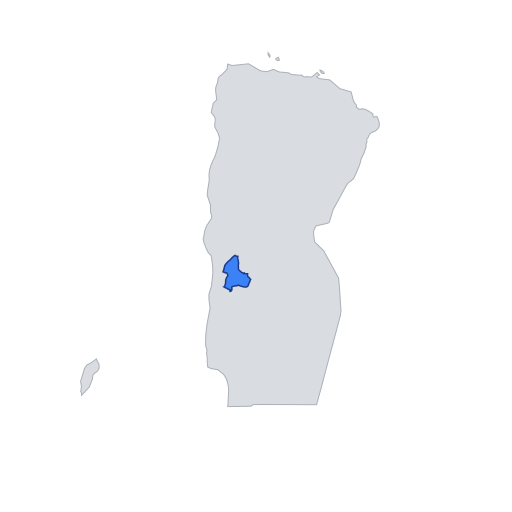 Ghayl bin Yamin, Hadramawt, Yemen (highlighted), rotated 113°
{"feature_id": "15242507B14142255130537", "entity_name": "Ghayl bin Yamin", "entity_type": "district", "adm_level": 2, "iso_a3": "YEM", "parent_name": "Yemen", "parent_adm1": "Hadramawt", "projection": "mercator", "projection_center": [49.287, 15.382], "detail": "fine", "context": "in_parent", "style": "filled", "palette": "blue", "viewbox_px": 512, "rotation_deg": 113, "n_neighbors": 0, "source": "geoboundaries", "source_scale": "gbopen_adm2", "svg_char_len": 7543}
<svg xmlns="http://www.w3.org/2000/svg" viewBox="0 0 512 512"><g transform="rotate(113 256 256)"><path d="M405.6,223.1L389.0,229.2L384.7,231.9L380.7,235.2L377.7,239.4L375.6,246.7L377.2,253.4L377.1,257.0L372.8,259.4L368.8,261.1L364.4,263.7L361.7,264.3L359.5,266.4L356.9,267.9L347.7,271.6L337.6,274.5L321.6,278.0L315.4,281.8L309.7,284.4L301.2,285.2L289.4,288.7L282.9,291.6L274.8,296.3L273.0,297.8L271.6,301.2L269.1,304.2L264.2,309.0L260.5,311.5L258.1,311.7L253.3,313.0L247.7,313.3L238.3,311.6L235.8,312.8L233.8,314.7L226.6,318.0L219.1,324.7L213.7,326.4L205.0,328.5L198.8,331.3L194.7,332.4L189.4,333.0L179.6,332.7L170.3,333.7L161.7,335.6L157.6,339.1L153.0,344.7L145.5,347.1L143.7,349.1L141.4,353.2L136.5,354.3L132.1,355.0L127.5,353.2L119.0,358.1L115.8,359.0L110.9,359.2L107.5,360.2L105.0,359.9L101.9,358.0L95.3,355.6L90.4,357.1L90.0,352.4L82.0,338.0L83.7,325.4L83.7,323.6L82.1,318.0L77.4,312.9L77.5,306.3L75.9,301.7L74.6,296.9L75.0,295.6L75.1,294.4L72.7,287.0L71.9,285.5L71.6,284.0L72.4,282.8L72.3,281.4L71.0,279.1L69.7,274.8L63.2,271.4L64.5,268.2L65.8,269.3L67.5,270.3L67.8,268.2L67.9,266.7L65.1,257.0L69.2,244.2L67.8,232.5L74.0,227.8L75.5,226.4L76.4,225.2L77.9,222.5L79.8,221.7L80.5,218.9L80.5,217.5L79.2,216.3L78.3,213.0L78.6,208.9L78.9,207.1L79.5,204.0L81.7,202.8L82.2,201.8L80.5,199.8L80.7,198.6L84.3,195.3L85.8,194.3L88.2,193.3L90.0,193.3L92.1,193.9L94.0,194.8L95.9,196.5L97.8,198.4L100.8,199.2L102.9,199.0L104.5,199.8L105.9,199.4L107.5,198.4L110.1,198.4L112.4,197.3L118.9,196.8L125.2,197.1L131.8,196.2L138.3,196.2L145.0,196.3L146.4,196.4L147.9,197.0L153.4,200.0L157.7,200.6L166.2,201.4L175.3,202.3L183.1,203.1L189.8,202.4L195.3,201.8L196.8,201.9L198.5,203.7L201.8,208.3L205.0,212.6L210.5,212.8L214.0,211.2L217.9,208.9L220.3,207.2L223.0,200.1L224.8,195.6L228.9,190.5L232.3,186.2L236.8,180.5L239.3,177.4L244.2,171.2L249.0,168.7L258.1,164.0L267.0,159.5L272.8,156.5L277.7,155.1L286.0,153.9L295.8,152.5L305.5,151.1L315.9,149.7L327.5,148.0L335.5,146.9L345.6,145.4L354.0,144.2L361.5,143.2L369.2,142.1L370.6,145.5L372.1,149.0L373.6,152.5L375.0,155.9L376.5,159.4L377.9,162.9L379.4,166.3L380.8,169.8L382.3,173.2L383.7,176.7L385.2,180.1L386.6,183.6L388.1,187.0L389.5,190.4L391.0,193.9L392.5,197.3L393.9,200.7L396.2,201.8L397.6,205.0L399.6,209.5L401.6,214.0L403.6,218.5L405.6,223.1ZM427.8,359.2L429.8,359.6L432.9,358.5L441.8,358.3L452.4,362.1L450.4,363.0L449.2,364.4L444.5,365.6L439.8,368.5L426.4,369.9L422.4,369.1L419.2,366.3L413.1,362.7L415.5,360.4L416.0,359.3L416.9,358.3L420.3,356.6L423.7,356.9L427.8,359.2ZM67.4,314.2L67.0,314.9L66.4,314.8L64.4,313.0L66.6,310.9L67.8,312.8L67.4,314.2ZM61.0,269.0L59.9,269.8L59.6,268.4L60.3,265.5L61.4,264.6L62.1,266.8L61.6,268.0L61.0,269.0ZM66.4,323.2L64.2,324.3L65.7,321.6L67.2,321.0L67.7,321.1L66.4,323.2Z" fill="#d9dde1" stroke="#a8b0b8" stroke-width="1"/><path d="M296.9,273.3L296.9,273.1L296.9,272.9L296.9,272.7L297.0,272.5L297.0,272.4L297.1,272.2L297.1,271.9L297.2,271.7L297.2,271.4L297.1,271.2L297.1,270.9L297.1,270.7L297.1,270.2L297.3,269.4L297.5,268.9L297.4,267.8L297.1,266.5L297.3,266.5L297.6,266.4L297.9,266.4L298.1,266.4L298.5,266.4L298.9,266.4L299.0,266.5L298.8,266.0L298.4,265.6L298.0,265.2L297.2,265.0L296.6,265.0L295.3,265.5L294.4,266.1L294.0,266.1L293.8,266.0L293.7,266.0L293.6,265.9L293.4,265.7L293.1,265.4L292.8,265.1L292.7,265.0L292.6,264.9L292.5,264.7L292.3,264.5L292.2,264.4L292.1,264.1L291.9,263.9L291.8,263.7L291.7,263.5L291.6,263.3L291.5,263.1L291.4,262.9L291.3,262.7L291.2,262.6L291.1,262.4L290.9,262.2L290.7,261.8L290.4,261.6L290.3,261.4L290.1,261.3L290.0,261.1L289.9,261.1L289.7,260.8L289.7,260.6L289.7,260.1L289.8,259.8L289.8,259.6L289.8,259.4L289.7,259.0L289.7,258.8L289.6,258.5L289.6,258.3L289.6,258.2L289.6,257.9L289.6,257.5L289.5,257.3L289.5,257.1L289.5,256.7L289.4,256.5L289.4,256.2L289.3,255.8L289.3,255.7L289.2,255.4L289.1,255.1L289.1,254.9L289.0,254.7L288.9,254.3L288.9,254.1L288.8,253.8L288.7,253.6L288.6,253.3L288.4,253.0L288.3,252.8L288.2,252.6L288.0,252.4L287.8,252.3L287.7,252.2L287.3,252.0L287.1,251.9L286.9,251.8L286.7,251.7L286.4,251.7L286.2,251.7L285.9,251.7L285.7,251.7L285.4,251.7L285.1,251.7L284.9,251.7L284.7,251.7L284.4,251.8L284.0,251.8L283.8,251.8L283.5,251.8L283.2,251.8L282.8,251.7L282.6,251.7L282.2,251.7L281.7,251.7L281.5,251.8L281.3,251.8L281.0,251.8L280.9,251.8L280.6,251.9L280.4,251.9L280.1,251.9L279.9,251.8L279.6,251.8L279.6,252.0L279.5,252.3L279.4,252.5L279.2,252.9L279.0,253.1L278.9,253.4L278.7,253.6L278.6,253.8L278.5,254.0L278.4,254.3L278.4,254.5L278.3,254.9L278.3,255.0L278.2,255.3L278.1,255.5L277.8,255.8L277.6,256.0L277.4,256.1L277.2,256.2L277.0,256.3L276.9,256.3L276.5,256.4L276.3,256.5L276.1,256.6L275.9,256.7L275.7,256.8L275.8,256.9L275.8,257.2L275.9,257.5L276.0,257.7L276.1,258.0L276.3,258.5L276.4,258.9L276.5,259.3L276.6,259.7L276.8,259.9L276.9,260.0L276.5,260.2L276.3,260.2L276.2,260.3L276.3,260.4L276.3,260.5L276.6,260.8L276.8,261.1L276.7,261.4L276.7,261.8L276.7,262.4L276.7,262.5L276.7,263.0L276.5,263.4L276.5,263.5L276.4,263.8L276.3,264.0L276.2,264.4L276.1,264.7L276.0,264.9L275.9,265.2L275.8,265.5L275.6,266.2L275.5,266.3L275.4,266.5L275.2,266.7L275.1,266.9L274.8,267.1L274.6,267.2L274.4,267.3L274.2,267.4L273.9,267.5L273.7,267.6L273.4,267.7L273.1,267.8L272.9,268.0L272.7,268.1L272.4,268.2L272.2,268.3L271.9,268.5L271.7,268.5L271.3,268.7L271.0,268.8L270.7,268.8L270.2,269.0L269.9,269.1L269.7,269.1L269.4,269.3L269.2,269.4L268.9,269.5L268.6,269.7L268.4,269.8L268.1,270.0L267.7,270.2L267.5,270.3L267.3,270.5L267.1,270.7L266.9,270.8L266.7,271.0L266.2,271.3L265.9,271.5L265.6,271.7L265.4,271.9L265.2,272.0L264.9,272.2L264.7,272.2L264.5,272.3L264.2,272.4L263.9,272.5L263.7,272.6L263.4,272.6L263.4,272.9L263.5,273.1L263.6,273.4L263.7,273.5L263.8,273.8L263.8,274.1L263.8,274.3L263.8,274.5L263.8,274.8L263.8,275.0L263.7,275.1L263.7,275.3L263.6,275.5L263.8,275.7L264.0,275.9L264.3,276.0L264.5,276.2L264.8,276.3L265.0,276.4L265.3,276.6L265.5,276.7L265.7,276.8L266.4,277.1L266.6,277.2L266.9,277.3L267.2,277.5L267.4,277.5L267.7,277.6L267.8,277.7L268.0,277.7L268.3,277.8L268.6,277.9L268.8,278.0L269.1,278.1L269.6,278.3L269.8,278.3L270.0,278.4L270.2,278.5L270.3,278.6L270.6,278.8L270.8,278.9L271.1,279.1L271.3,279.2L271.5,279.3L272.0,279.5L272.3,279.6L272.5,279.7L272.7,279.8L272.8,279.8L273.2,279.9L273.3,280.0L273.6,280.1L273.9,280.2L274.1,280.3L274.3,280.4L274.6,280.5L274.8,280.5L275.0,280.6L275.3,280.7L275.5,280.8L275.8,280.8L276.1,280.9L276.3,280.9L276.6,280.9L276.9,281.0L277.1,280.9L277.4,280.9L277.6,280.9L277.9,280.8L278.1,280.8L278.4,280.8L278.7,280.7L278.9,280.7L279.2,280.7L279.4,280.6L279.6,280.6L279.9,280.5L280.1,280.5L280.3,280.4L280.5,280.4L280.8,280.4L281.0,280.3L281.5,280.3L281.8,280.3L282.0,280.2L282.3,280.2L282.5,280.2L283.0,280.2L283.4,280.2L283.3,279.8L283.4,279.5L283.4,279.3L283.5,279.1L283.6,278.9L283.5,278.6L283.4,278.4L283.4,278.2L283.5,277.7L283.4,277.2L283.2,277.0L283.1,276.9L283.0,276.6L283.0,276.4L283.1,276.2L283.3,276.0L283.4,275.7L283.6,275.5L283.8,275.2L284.0,275.0L284.2,274.8L284.4,274.7L284.6,274.5L284.8,274.4L285.0,274.4L285.3,274.3L285.6,274.3L285.8,274.4L286.0,274.4L286.3,274.4L286.6,274.5L286.9,274.5L287.1,274.5L287.4,274.6L287.7,274.6L288.0,274.6L288.5,274.6L288.8,274.6L289.0,274.6L289.3,274.6L289.5,274.6L289.8,274.5L290.0,274.5L290.3,274.4L290.5,274.3L290.7,274.2L291.0,274.1L291.3,274.0L291.5,273.9L291.8,273.8L292.0,273.7L292.3,273.6L292.6,273.5L292.8,273.5L293.0,273.4L293.3,273.4L293.6,273.3L293.9,273.2L294.2,273.2L294.5,273.2L294.9,273.1L295.3,273.1L295.9,273.1L296.2,273.2L296.4,273.2L296.6,273.2L296.8,273.2L296.9,273.3Z" fill="#3b82f6" stroke="#1e3a8a" stroke-width="1.5"/></g></svg>